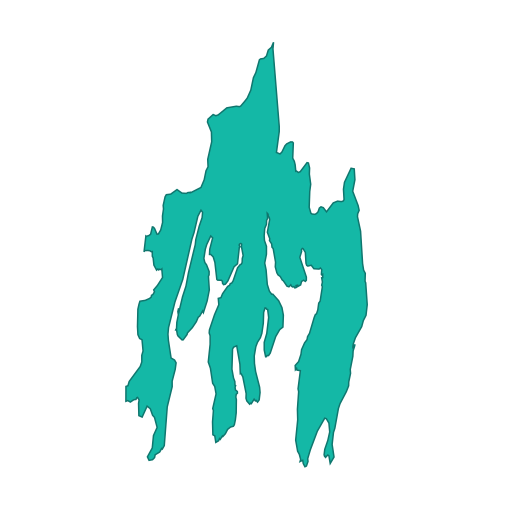 Torsken nor, Troms, Norway, rotated 276°
{"feature_id": "86288312B75737452629522", "entity_name": "Torsken nor", "entity_type": "district", "adm_level": 2, "iso_a3": "NOR", "parent_name": "Norway", "parent_adm1": "Troms", "projection": "natural_earth1", "projection_center": [17.149, 69.294], "detail": "fine", "context": "isolated", "style": "filled", "palette": "teal", "viewbox_px": 512, "rotation_deg": 276, "n_neighbors": 0, "source": "geoboundaries", "source_scale": "gbopen_adm2", "svg_char_len": 6101}
<svg xmlns="http://www.w3.org/2000/svg" viewBox="0 0 512 512"><g transform="rotate(276 256 256)"><path d="M470.4,251.1L465.1,249.5L462.1,246.7L456.0,245.5L453.3,243.1L452.5,240.0L451.5,238.9L438.4,236.7L433.1,234.8L420.4,233.5L412.1,230.8L408.3,228.4L403.5,225.1L402.8,224.0L402.9,220.8L400.3,211.5L392.4,203.7L391.3,201.4L392.2,198.6L387.1,194.0L384.2,193.7L374.7,198.7L365.0,200.0L347.1,197.9L339.7,199.0L335.6,197.4L326.3,196.5L318.4,194.1L312.1,184.4L312.6,183.8L312.0,183.2L312.1,181.9L311.0,180.2L310.8,175.8L313.8,170.5L308.6,164.7L307.6,160.4L305.4,159.4L296.6,158.4L293.1,159.1L286.0,158.8L279.6,159.6L271.8,158.5L267.7,156.6L267.3,155.3L272.8,152.2L274.0,150.9L274.1,149.9L266.6,148.9L265.2,147.4L264.1,144.9L264.4,144.4L248.4,144.2L249.7,144.7L250.2,147.9L250.1,150.0L249.3,151.4L249.6,152.4L244.9,152.9L243.4,153.9L236.3,155.4L231.6,158.6L232.7,159.4L232.0,160.7L232.8,161.0L232.5,163.2L233.2,163.7L224.8,165.3L216.5,161.1L211.6,157.8L209.8,158.8L206.9,157.5L206.0,156.2L204.2,156.1L202.6,154.5L200.3,150.5L198.9,145.3L196.0,144.7L190.8,144.1L173.4,145.5L165.4,146.8L161.8,148.9L160.8,151.4L149.7,153.6L145.3,152.8L138.7,153.5L134.0,152.4L118.0,143.0L113.6,142.2L112.7,140.3L97.9,141.8L98.8,143.6L97.6,146.3L100.3,149.5L100.8,151.6L102.7,152.3L103.0,153.0L100.6,154.8L97.2,154.6L85.0,156.2L83.9,159.6L95.3,163.4L93.1,166.8L86.8,169.8L84.9,171.9L75.2,175.6L66.7,172.8L54.2,172.9L44.9,169.0L41.6,171.0L42.6,174.4L44.9,176.2L47.8,176.5L51.0,180.7L54.7,182.3L54.2,183.0L57.8,184.6L96.7,183.5L117.2,186.3L122.8,185.7L134.8,187.5L141.4,187.7L144.0,185.9L145.7,182.2L162.9,177.7L169.1,176.6L175.7,176.5L201.9,180.2L225.0,185.6L266.2,190.5L272.7,191.9L289.4,194.0L295.8,196.5L293.9,198.3L288.5,198.4L279.7,196.4L265.9,194.4L260.8,194.4L232.4,190.6L218.7,189.5L207.8,187.2L190.8,185.0L192.6,184.3L196.0,184.5L192.6,184.1L189.3,184.9L181.8,184.2L174.6,184.6L174.6,184.0L174.1,183.9L174.3,184.7L169.6,186.0L168.2,186.9L164.8,191.2L165.0,192.3L170.6,195.6L172.4,195.9L178.0,200.1L184.4,203.5L189.0,204.9L190.4,206.3L195.8,208.7L194.2,209.6L206.2,212.1L217.4,213.1L230.8,210.8L232.3,211.3L235.7,211.0L242.1,207.7L244.2,205.8L248.1,204.4L257.6,204.9L262.3,205.8L271.2,208.9L269.5,211.0L257.9,209.3L252.7,209.6L252.8,210.9L250.7,213.5L245.3,215.8L228.6,219.5L228.0,220.3L228.2,224.2L227.3,225.2L225.3,225.6L224.1,226.8L224.8,228.5L228.2,230.6L243.0,235.3L246.3,238.4L262.6,238.5L263.4,239.1L265.1,238.1L266.2,238.4L266.9,239.6L266.3,240.5L264.0,240.5L255.0,243.2L252.2,242.6L248.1,242.9L246.3,242.2L245.8,241.2L242.3,238.9L228.7,235.8L226.4,234.6L225.9,233.3L224.1,232.8L222.8,231.0L215.0,226.7L210.9,225.5L209.9,222.9L203.7,224.1L193.3,220.9L177.6,217.4L174.5,217.5L171.9,218.7L163.4,219.6L145.6,219.6L139.6,222.4L124.9,226.2L121.9,228.6L114.7,230.7L99.7,228.9L97.9,229.8L86.5,230.1L73.7,231.8L72.8,233.8L66.4,235.5L68.3,238.1L70.6,238.8L69.9,239.6L73.5,241.4L73.0,241.9L76.0,244.1L80.6,245.9L83.2,248.5L84.3,251.3L85.9,252.1L90.9,252.6L97.9,252.7L111.1,251.5L113.6,250.7L116.4,250.8L117.7,251.9L119.3,251.6L120.6,249.6L123.3,248.9L125.0,249.3L125.4,248.6L128.9,248.1L132.3,246.4L140.9,243.9L161.1,242.4L163.1,243.4L164.7,246.2L146.7,251.3L137.2,252.7L137.5,253.4L134.5,255.5L118.1,260.6L113.5,260.9L110.9,262.0L107.9,265.2L109.1,266.2L108.7,266.8L113.4,269.1L111.8,270.5L112.4,271.2L110.8,272.8L113.2,274.2L120.7,274.3L125.9,273.3L141.0,267.7L149.0,265.7L156.4,264.7L165.8,265.3L170.4,266.5L175.2,268.9L179.7,269.9L189.8,270.3L200.8,269.5L205.3,270.4L205.3,271.2L204.2,272.1L204.0,273.2L196.2,275.0L180.1,274.8L171.0,273.2L163.4,274.0L156.8,276.1L157.0,277.0L158.2,277.3L158.3,278.9L160.9,280.3L177.9,284.0L185.3,287.3L188.1,290.2L200.0,289.4L207.4,287.2L213.9,283.2L219.8,276.7L219.6,275.6L222.4,273.0L228.9,270.2L243.2,267.5L249.9,265.4L258.9,266.2L266.7,265.4L272.3,262.8L277.0,262.0L284.4,261.8L288.6,263.1L292.5,262.8L294.7,263.6L299.7,262.7L298.8,263.7L297.0,264.0L295.6,265.2L293.6,265.8L280.8,264.8L274.6,267.9L272.8,267.8L269.7,270.3L266.4,271.0L265.2,272.3L251.9,276.1L247.2,276.3L241.5,278.5L239.5,279.9L238.2,282.2L234.9,284.6L234.2,285.8L229.2,290.0L228.8,292.0L231.0,293.6L229.5,294.7L229.0,295.9L229.6,296.9L228.3,298.0L228.9,299.3L231.4,298.7L230.2,299.6L230.3,300.1L232.0,300.4L230.0,300.7L231.9,303.4L235.5,304.0L236.9,305.9L235.9,307.7L237.1,308.6L240.3,308.3L259.3,299.7L265.3,300.9L267.0,300.5L268.4,301.3L268.2,302.1L264.7,304.7L253.9,306.5L252.0,307.4L251.4,308.6L252.6,311.9L249.4,314.9L249.6,320.1L250.8,321.3L249.3,322.8L244.6,322.9L244.1,323.3L244.8,324.2L241.5,324.6L241.2,323.6L237.0,324.8L233.8,324.4L232.4,325.2L217.8,324.5L215.7,323.3L208.9,323.1L204.7,322.2L204.1,321.2L201.0,320.3L184.7,317.3L181.2,315.7L178.2,315.5L174.7,313.4L167.6,311.1L162.9,311.0L155.4,309.4L151.2,306.4L147.0,307.1L148.5,308.1L146.8,308.7L146.6,312.1L128.3,311.7L125.5,312.6L108.0,313.2L97.4,314.6L77.0,314.7L66.2,317.8L63.3,319.8L58.3,321.7L56.2,321.3L57.7,323.8L54.5,324.7L51.5,326.7L52.4,328.1L57.1,329.2L59.9,328.6L69.0,330.3L88.2,335.3L101.9,341.3L101.5,343.0L97.4,346.0L88.7,347.7L80.1,346.7L70.9,344.6L65.4,344.5L63.8,345.2L64.1,345.8L63.1,346.3L65.6,348.2L64.9,349.4L57.4,351.5L64.2,354.6L76.6,351.4L88.7,351.5L92.9,352.4L113.0,353.9L118.0,355.0L130.5,360.0L136.6,361.7L140.4,361.4L149.2,362.3L153.0,361.6L166.3,362.8L171.8,362.5L176.8,363.5L178.5,363.7L174.2,362.3L175.4,361.8L179.0,362.0L185.1,363.4L196.8,368.5L203.0,369.5L208.5,371.6L219.2,371.7L240.8,367.9L242.2,367.1L250.2,366.5L253.2,364.5L259.6,362.8L291.6,357.4L305.7,352.8L308.6,352.7L312.2,353.8L316.8,352.3L330.5,345.4L342.2,346.4L352.9,344.6L353.2,341.4L338.6,336.3L331.6,336.0L321.2,337.7L319.6,336.8L319.0,335.1L319.1,331.4L316.9,327.3L307.3,321.5L311.1,317.9L311.7,315.5L310.3,314.0L306.4,313.1L304.7,311.8L303.6,310.4L303.6,307.4L304.3,306.1L310.0,303.8L325.8,302.7L333.1,302.9L343.0,300.5L349.1,300.1L354.0,298.4L354.2,297.0L344.5,291.2L343.5,289.4L344.8,287.2L344.5,286.7L350.8,285.4L354.2,284.2L357.1,282.3L372.3,281.3L373.2,280.4L373.1,278.5L370.7,274.8L368.7,273.3L362.1,270.9L360.0,269.2L361.1,265.5L382.2,266.1L387.1,265.6L463.8,251.2L470.4,251.1Z" fill="#14b8a6" stroke="#0f766e" stroke-width="1.5"/></g></svg>